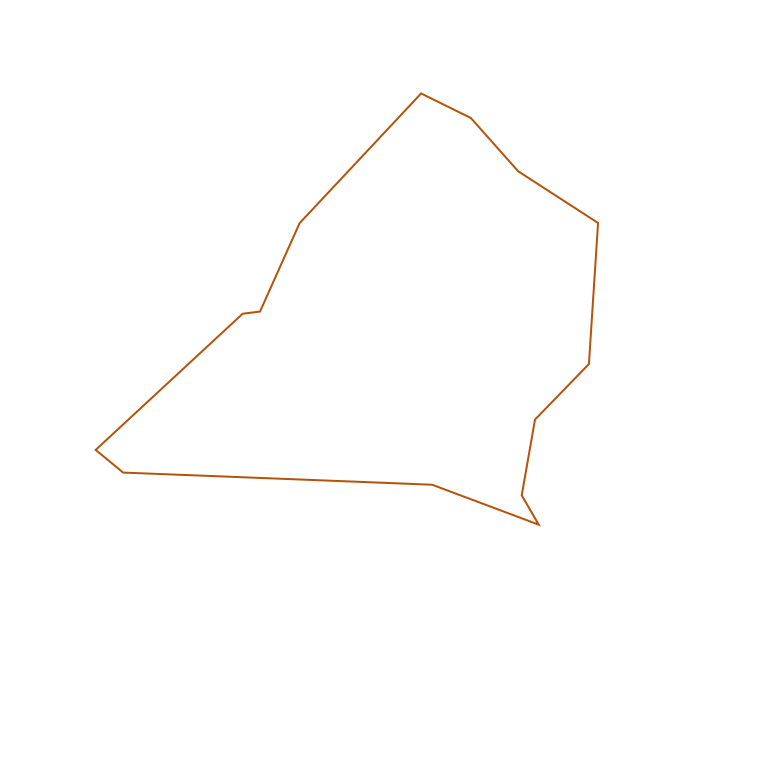 outline of Twic East, Jonglei, South Sudan, rotated 322°
{"feature_id": "79223893B26459782826909", "entity_name": "Twic East", "entity_type": "district", "adm_level": 2, "iso_a3": "SSD", "parent_name": "South Sudan", "parent_adm1": "Jonglei", "projection": "orthographic", "projection_center": [31.334, 7.029], "detail": "fine", "context": "isolated", "style": "outline", "palette": "amber", "viewbox_px": 768, "rotation_deg": 322, "n_neighbors": 0, "source": "geoboundaries", "source_scale": "gbopen_adm2", "svg_char_len": 346}
<svg xmlns="http://www.w3.org/2000/svg" viewBox="0 0 768 768"><g transform="rotate(322 384 384)"><path d="M419.3,590.1L424.0,556.5L481.1,505.0L557.8,494.4L651.8,388.9L620.7,299.0L616.2,227.9L592.1,177.9L416.5,205.3L330.9,250.6L315.9,241.6L116.2,258.4L123.9,293.2L359.9,493.0L419.3,590.1Z" fill="none" stroke="#b45309" stroke-width="2"/></g></svg>